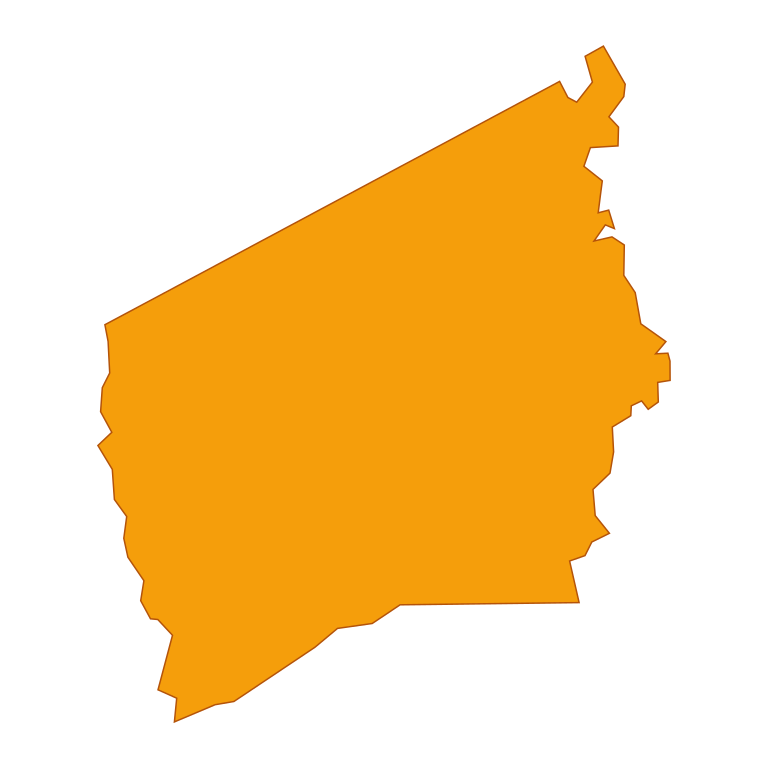 Leon, Texas, United States of America
{"feature_id": "52423323B32398895201359", "entity_name": "Leon", "entity_type": "district", "adm_level": 2, "iso_a3": "USA", "parent_name": "United States of America", "parent_adm1": "Texas", "projection": "mercator", "projection_center": [-95.92, 31.314], "detail": "fine", "context": "isolated", "style": "filled", "palette": "amber", "viewbox_px": 768, "rotation_deg": 0, "n_neighbors": 0, "source": "geoboundaries", "source_scale": "gbopen_adm2", "svg_char_len": 1012}
<svg xmlns="http://www.w3.org/2000/svg" viewBox="0 0 768 768"><path d="M108.1,341.5L109.7,373.0L102.3,387.7L100.6,411.7L111.8,432.3L97.9,445.5L112.3,469.4L114.4,499.5L126.7,516.5L123.8,538.3L127.9,557.2L143.9,580.7L140.7,600.7L150.5,618.8L157.8,619.5L172.5,635.3L158.0,689.8L176.7,698.2L174.4,721.9L215.1,704.7L233.9,701.5L315.0,647.2L337.5,628.4L372.2,623.5L400.1,604.8L579.1,602.6L569.6,561.0L585.0,555.6L591.8,542.0L609.4,533.3L595.2,515.6L593.0,489.4L610.0,473.1L613.6,451.9L612.3,427.0L630.8,415.7L631.3,405.8L641.6,400.9L648.2,409.3L658.3,402.0L657.7,382.4L670.1,380.4L670.0,361.1L667.9,353.2L655.6,353.8L665.9,341.6L640.8,323.8L635.2,292.6L623.8,275.4L624.3,245.0L612.0,236.9L594.0,241.0L605.3,224.9L614.4,228.6L608.7,210.1L598.2,212.8L600.4,195.3L602.3,180.9L583.9,166.3L590.4,147.6L618.0,145.9L618.5,127.1L608.9,116.8L623.8,96.6L625.2,84.2L603.4,46.1L585.1,56.3L592.4,82.1L576.7,102.2L567.9,97.5L559.6,81.4L178.1,285.6L104.9,324.7L108.1,341.5Z" fill="#f59e0b" stroke="#b45309" stroke-width="1.5"/></svg>